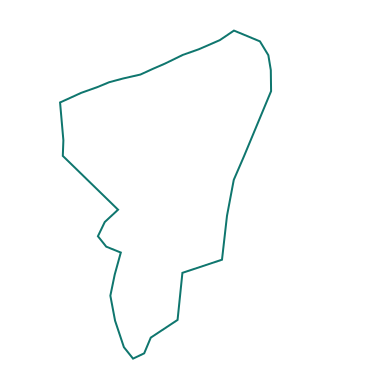 Senador Georgino Avelino, Rio Grande do Norte, Brazil (Albers equal-area conic projection), rotated 253°
{"feature_id": "56859067B48264665156526", "entity_name": "Senador Georgino Avelino", "entity_type": "district", "adm_level": 2, "iso_a3": "BRA", "parent_name": "Brazil", "parent_adm1": "Rio Grande do Norte", "projection": "albers", "projection_center": [-35.121, -6.162], "detail": "fine", "context": "isolated", "style": "outline", "palette": "teal", "viewbox_px": 384, "rotation_deg": 253, "n_neighbors": 0, "source": "geoboundaries", "source_scale": "gbopen_adm2", "svg_char_len": 592}
<svg xmlns="http://www.w3.org/2000/svg" viewBox="0 0 384 384"><g transform="rotate(253 192 192)"><path d="M265.3,297.1L285.5,303.0L300.5,305.0L316.2,301.0L334.1,279.3L329.1,263.0L326.5,240.1L325.8,223.3L322.7,203.7L321.2,190.5L319.4,177.0L320.7,159.2L321.2,144.9L320.0,132.4L319.2,114.9L316.2,92.0L279.0,84.1L264.3,79.0L196.7,116.1L188.8,99.8L177.2,89.1L164.8,94.0L154.9,106.2L135.7,94.0L116.7,83.6L91.4,80.8L63.5,81.5L49.9,86.9L51.7,99.1L64.8,110.0L73.9,140.8L117.5,159.2L118.5,200.9L159.0,218.5L191.4,235.5L210.9,252.1L265.3,297.1Z" fill="none" stroke="#0f766e" stroke-width="2"/></g></svg>